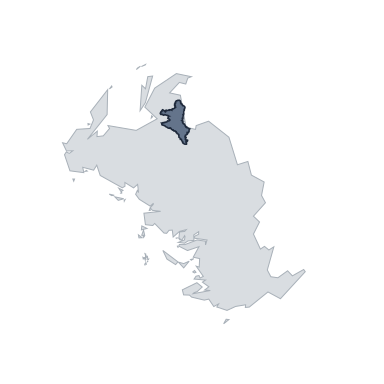 Russia, with Amur highlighted, rotated 208°
{"feature_id": "RUS-2609", "entity_name": "Amur", "entity_type": "Region", "adm_level": 1, "iso_a3": "RUS", "parent_name": "Russia", "parent_adm1": "", "projection": "orthographic", "projection_center": [128.173, 52.947], "detail": "fine", "context": "in_parent", "style": "filled", "palette": "slate", "viewbox_px": 384, "rotation_deg": 208, "n_neighbors": 0, "source": "natural_earth", "source_scale": "10m", "svg_char_len": 9246}
<svg xmlns="http://www.w3.org/2000/svg" viewBox="0 0 384 384"><g transform="rotate(208 192 192)"><path d="M261.4,289.2L246.7,293.5L249.2,290.6L248.2,284.4L254.6,282.8L258.3,269.0L247.7,272.0L227.7,246.5L218.3,248.9L219.5,252.6L210.6,262.3L185.1,257.7L164.7,237.4L157.0,245.2L147.5,234.8L133.0,234.7L129.0,221.6L122.1,217.0L126.4,199.5L118.3,197.2L118.0,183.7L104.8,173.7L102.5,178.0L96.9,176.9L94.0,182.0L88.9,158.5L82.6,154.2L75.9,156.6L70.6,167.3L64.0,165.1L57.0,176.0L54.6,174.8L63.8,139.3L78.0,139.4L87.4,117.3L90.7,115.1L91.7,117.6L99.8,111.4L105.5,103.9L116.1,102.1L116.0,105.6L119.0,101.1L126.9,105.3L130.4,102.3L143.0,99.0L145.8,99.8L151.1,97.2L154.6,101.1L145.1,114.2L138.4,112.9L140.6,106.6L142.9,104.1L143.4,102.6L129.6,113.6L134.9,111.3L132.6,116.2L140.5,117.3L138.7,120.6L149.3,116.1L148.9,119.6L146.6,121.5L144.5,119.8L142.4,122.8L153.5,128.5L150.4,129.1L154.0,136.8L160.3,135.0L160.2,147.0L168.5,138.2L178.3,138.0L178.5,139.7L173.6,142.2L165.0,152.0L157.1,154.9L155.2,151.6L156.2,156.7L167.7,152.5L169.4,153.5L166.3,157.8L167.5,160.1L170.3,154.9L167.6,150.2L172.6,146.9L174.5,143.3L180.4,141.1L176.1,146.2L177.3,149.4L178.0,150.0L178.4,144.6L182.0,145.2L184.2,150.9L180.0,153.7L179.4,156.1L184.5,151.4L187.5,143.4L191.5,149.1L194.3,147.4L195.0,143.6L197.5,142.6L210.2,146.7L210.9,144.0L217.8,141.3L224.5,150.7L210.6,160.2L218.4,157.2L221.5,158.4L220.4,162.7L220.5,163.4L220.9,163.6L222.3,159.9L235.1,160.8L240.7,163.5L241.0,167.7L238.9,166.4L243.6,173.2L245.5,168.2L255.7,168.9L253.9,165.6L255.5,163.0L280.8,163.5L288.7,171.0L289.1,165.1L300.1,162.5L296.6,158.3L309.7,153.4L322.1,165.1L321.8,168.2L318.4,168.6L316.6,172.4L322.1,169.3L329.4,174.7L325.3,175.8L323.2,193.2L311.9,200.2L312.8,209.4L319.3,215.0L314.5,242.8L303.3,220.5L309.1,189.4L304.2,201.3L301.9,196.3L296.7,199.9L294.6,209.4L297.4,211.2L270.2,220.2L257.1,240.3L273.5,244.8L273.7,266.2L261.4,289.2ZM190.3,126.7L171.6,123.7L172.4,120.2L182.6,121.0L190.3,126.7ZM276.0,239.4L286.4,262.7L281.5,261.3L285.2,273.1L281.2,275.9L275.1,249.0L276.0,239.4ZM163.7,121.1L171.1,123.7L165.7,124.9L162.0,129.6L163.7,121.1ZM249.1,154.0L253.2,150.0L257.9,151.5L249.1,154.0ZM216.1,130.2L216.9,135.6L213.4,131.5L216.1,130.2ZM217.3,126.6L219.2,129.0L214.6,128.2L217.3,126.6ZM218.9,134.8L220.4,138.5L214.6,138.7L218.9,134.8ZM259.1,152.6L261.2,151.1L264.1,151.3L259.1,152.6ZM102.2,90.5L102.1,95.7L99.5,96.7L102.2,90.5ZM199.2,107.6L200.3,108.8L198.0,106.4L199.2,107.6ZM255.0,159.1L258.5,161.0L253.7,161.1L255.0,159.1ZM152.9,123.9L150.8,123.0L151.8,121.7L153.8,121.8L152.9,123.9ZM201.3,109.9L202.5,110.9L201.9,111.9L201.3,109.9ZM203.3,114.1L201.3,114.3L201.4,113.1L202.6,112.9L203.3,114.1ZM203.6,115.5L203.3,114.3L204.6,115.5L203.6,115.5ZM161.6,131.7L159.1,134.0L160.6,131.4L161.6,131.7ZM214.9,130.4L213.3,130.5L213.4,129.2L214.9,130.4ZM203.6,110.0L204.7,111.3L203.3,111.2L203.6,110.0ZM303.3,147.5L301.8,148.3L301.5,146.0L303.3,147.5ZM199.9,106.1L199.6,107.2L199.1,105.1L199.9,106.1ZM179.3,137.5L177.9,136.2L179.5,137.3L179.3,137.5ZM221.1,155.6L221.4,157.6L220.2,156.2L221.1,155.6ZM296.1,160.0L295.4,161.5L294.3,161.3L296.1,160.0ZM200.2,113.0L200.5,112.0L200.5,113.4L200.2,113.0ZM203.3,111.6L202.4,112.5L202.7,111.3L203.3,111.6ZM298.6,274.0L298.3,275.9L296.6,278.9L298.6,274.0ZM199.7,111.7L198.8,112.6L198.7,111.9L199.7,111.7ZM182.2,144.9L180.6,144.5L180.4,144.2L182.2,144.9ZM316.0,203.6L314.1,204.0L315.2,202.4L316.0,203.6ZM254.4,157.5L254.1,159.0L253.5,158.0L254.4,157.5ZM262.7,238.1L263.4,240.4L262.1,240.0L262.7,238.1ZM313.3,244.2L312.7,247.9L311.9,247.2L313.3,244.2ZM199.0,110.6L198.4,110.0L198.6,109.6L199.0,110.6ZM184.8,143.7L183.5,144.5L183.6,144.0L184.8,143.7ZM248.1,153.0L247.5,153.9L247.5,152.1L248.1,153.0ZM292.9,282.3L295.6,279.0L292.9,282.8L292.9,282.3Z" fill="#d9dde1" stroke="#a8b0b8" stroke-width="1"/><path d="M227.4,246.6L226.9,246.3L226.5,246.5L225.8,246.6L224.6,246.6L224.4,246.4L223.6,246.7L223.6,246.3L223.5,245.9L223.6,245.5L223.5,245.4L223.5,244.9L223.2,244.3L222.9,244.0L222.9,243.7L223.2,243.5L223.2,243.2L223.2,242.9L223.0,242.6L223.2,242.3L223.5,242.2L223.6,242.3L223.7,242.6L224.2,242.4L224.3,242.4L224.3,242.2L223.8,241.7L223.7,241.3L223.8,241.1L223.8,240.9L223.8,240.7L223.4,240.8L223.3,241.0L223.2,240.9L223.3,240.5L224.0,239.9L224.0,239.3L224.3,239.0L224.1,238.9L224.3,238.1L224.3,237.8L224.2,237.6L224.1,237.2L223.8,237.1L223.6,237.2L223.4,237.5L223.2,237.6L222.8,237.5L222.7,237.3L222.8,237.1L222.7,236.5L222.9,236.2L222.7,236.0L222.8,235.6L222.6,235.3L222.3,235.3L222.1,235.2L221.8,235.2L220.9,235.6L220.6,235.7L220.3,235.5L220.1,235.6L220.0,235.4L220.1,235.2L219.9,234.7L220.1,234.4L220.4,234.2L221.1,234.2L220.8,233.8L220.9,233.6L220.5,233.4L220.6,233.1L219.9,232.9L219.8,232.7L219.6,232.4L219.6,232.2L219.5,231.8L219.4,231.8L219.3,231.6L219.9,231.2L220.2,231.2L220.9,230.8L222.3,230.8L222.6,230.8L222.7,231.1L223.5,231.2L223.7,231.4L223.7,231.7L223.9,231.9L223.9,232.1L225.2,232.4L225.4,232.8L225.9,233.0L226.1,233.3L226.1,233.5L226.6,233.5L226.7,233.2L226.9,233.1L226.9,233.3L227.2,233.6L227.8,233.9L229.3,234.2L229.4,234.4L229.6,234.9L229.9,235.2L230.0,235.6L230.3,235.7L230.4,236.0L230.4,236.3L230.6,236.5L231.0,236.4L231.2,236.6L231.7,236.7L232.4,236.5L232.8,236.7L232.8,236.9L233.1,237.2L233.8,237.0L234.3,237.3L234.4,237.5L234.5,237.7L234.3,237.7L234.3,237.9L234.9,237.9L235.2,238.0L235.4,238.0L235.5,237.7L235.9,237.6L235.8,237.8L236.3,237.8L236.5,237.7L236.4,237.6L236.5,237.5L236.9,237.6L237.1,237.5L237.4,237.6L237.5,237.9L237.8,238.1L238.0,238.0L238.1,237.7L238.3,237.5L238.5,237.6L238.5,237.8L238.9,237.8L239.6,237.6L240.1,238.0L240.3,238.3L240.8,238.2L240.8,238.4L241.0,238.5L241.4,238.5L241.7,238.4L241.8,238.2L241.6,237.8L241.6,237.7L243.1,237.2L243.6,237.4L243.8,237.3L244.0,237.5L245.7,237.3L246.7,237.7L246.9,237.6L247.3,237.7L247.5,237.5L247.9,237.6L248.0,237.5L248.4,237.6L248.8,237.4L249.2,237.4L249.5,237.2L250.2,237.2L250.5,237.7L250.4,237.9L250.5,238.0L250.8,238.3L251.1,238.3L251.3,238.5L250.8,238.6L250.6,238.6L250.7,239.0L250.5,239.3L249.9,239.4L249.8,239.5L250.0,239.8L249.7,240.0L249.2,240.0L248.9,240.3L249.0,240.6L248.6,241.0L248.2,241.3L248.1,241.2L247.9,241.5L247.6,241.6L247.1,242.0L247.2,242.3L247.0,243.3L246.8,243.5L246.5,243.3L246.2,243.5L245.5,244.2L245.4,244.8L245.2,245.0L245.3,245.3L245.8,245.2L246.3,245.4L246.4,245.7L246.6,245.7L247.0,245.5L247.9,245.7L247.9,246.3L248.1,246.5L248.0,246.8L248.2,247.6L248.2,247.9L248.0,248.1L249.1,247.9L249.1,248.3L249.5,248.3L249.7,248.0L250.5,247.8L251.0,247.8L251.1,247.7L251.7,247.8L251.9,247.5L252.4,247.5L252.6,246.9L253.2,246.5L253.3,246.5L253.4,246.3L253.6,246.3L253.9,246.6L254.0,246.5L254.6,246.7L255.0,246.5L255.1,246.3L255.7,246.2L255.7,245.9L255.9,245.8L256.5,246.1L256.5,246.4L256.9,246.5L256.9,246.8L256.7,246.7L256.7,246.9L256.9,247.0L257.1,247.3L256.9,247.6L256.9,247.9L257.0,248.1L256.8,248.1L256.5,248.7L256.6,249.0L256.4,249.0L256.4,249.3L256.7,249.5L256.8,249.7L256.9,249.9L256.6,250.3L256.5,250.6L256.6,250.9L256.4,251.0L255.4,250.7L255.2,250.8L254.9,250.6L254.6,250.7L254.4,250.6L254.0,250.5L253.5,250.2L253.1,250.1L252.9,250.3L252.9,250.6L253.0,250.8L252.9,251.1L253.2,251.3L253.2,251.6L253.5,251.8L253.3,252.2L252.4,252.4L251.9,252.4L251.8,252.6L251.3,252.9L251.2,253.0L251.1,253.4L250.8,253.4L250.9,253.8L250.5,254.1L250.4,254.0L250.0,254.3L249.9,254.1L249.7,254.4L249.4,254.4L249.1,254.7L248.2,254.7L248.3,254.9L248.2,255.1L248.3,255.4L248.5,255.6L248.5,256.2L248.4,256.2L248.1,256.1L247.9,256.2L247.7,256.6L247.4,256.7L247.0,257.6L246.7,257.7L246.6,257.8L246.6,258.0L246.8,258.3L246.7,258.4L246.4,258.9L246.5,259.1L246.3,259.3L246.6,259.5L246.6,259.2L247.1,259.2L247.3,259.6L247.2,259.9L247.0,260.0L247.1,260.3L247.3,260.4L247.7,260.2L247.8,260.6L248.2,260.5L248.3,260.9L248.6,261.2L248.7,261.4L248.4,261.7L248.2,261.8L248.2,262.1L248.7,262.2L248.8,262.4L248.8,263.2L248.4,263.3L248.5,263.5L248.9,263.7L248.9,264.5L248.6,265.3L248.4,265.4L248.2,265.3L247.6,266.1L247.6,266.3L247.5,266.5L247.1,266.5L246.6,266.8L246.5,267.0L246.3,267.1L246.0,266.9L245.4,267.1L244.5,266.4L244.5,266.2L244.3,266.1L244.2,265.8L244.0,265.7L243.9,265.3L243.4,265.3L243.3,264.9L243.2,264.7L242.9,264.7L242.9,264.9L242.8,265.1L242.5,264.9L242.1,265.0L241.8,264.7L241.5,264.5L241.2,264.5L241.1,264.4L241.3,264.3L241.3,264.1L240.9,263.9L240.8,264.1L240.1,264.1L239.9,264.2L239.3,264.2L238.9,264.0L238.6,264.0L238.2,263.7L238.1,263.4L237.7,263.1L237.7,262.6L237.6,262.1L237.8,261.7L237.9,261.3L237.2,260.9L237.2,260.4L237.1,260.2L237.3,259.7L237.1,259.3L237.1,259.0L236.9,258.8L236.7,258.3L236.1,257.6L236.1,257.0L236.3,256.5L236.1,256.5L236.0,256.8L235.8,256.7L235.8,256.4L236.0,256.3L236.1,256.2L235.8,256.0L235.8,255.9L235.9,255.7L235.5,255.3L235.6,255.1L235.6,254.9L235.4,254.6L234.9,253.6L234.9,253.4L235.1,253.3L235.2,252.9L234.6,252.6L234.9,252.3L234.6,252.1L234.7,251.8L234.5,251.5L234.3,251.4L234.3,251.2L234.0,250.9L233.8,251.0L233.7,250.8L233.7,250.6L234.0,250.5L233.9,250.3L234.1,250.2L233.7,250.1L233.5,249.8L233.4,249.5L232.9,249.6L233.1,249.2L232.8,248.8L232.6,248.9L232.5,248.7L231.6,248.1L231.0,248.2L230.9,248.3L231.0,248.5L230.9,248.5L230.7,248.3L230.3,248.1L229.7,247.9L229.3,247.3L229.0,247.4L228.6,246.9L228.4,246.7L228.0,246.6L227.7,246.4L227.5,246.6L227.5,246.4L227.4,246.4L227.4,246.6Z" fill="#64748b" stroke="#1e293b" stroke-width="1.5"/></g></svg>